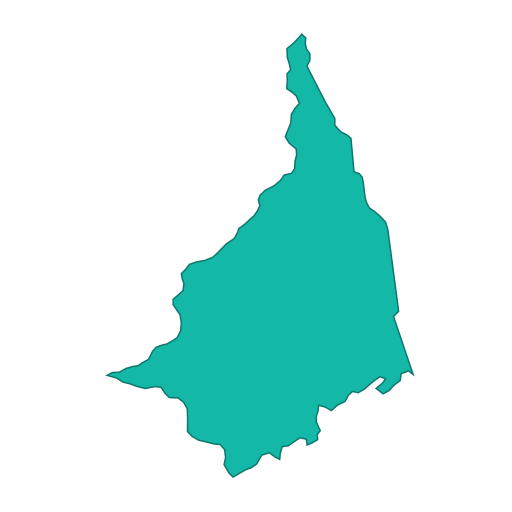 outline of São Miguel das Matas, Bahia, Brazil, rotated 268°
{"feature_id": "56859067B28350872520610", "entity_name": "São Miguel das Matas", "entity_type": "district", "adm_level": 2, "iso_a3": "BRA", "parent_name": "Brazil", "parent_adm1": "Bahia", "projection": "robinson", "projection_center": [-39.418, -13.038], "detail": "fine", "context": "isolated", "style": "filled", "palette": "teal", "viewbox_px": 512, "rotation_deg": 268, "n_neighbors": 0, "source": "geoboundaries", "source_scale": "gbopen_adm2", "svg_char_len": 2161}
<svg xmlns="http://www.w3.org/2000/svg" viewBox="0 0 512 512"><g transform="rotate(268 256 256)"><path d="M132.1,408.9L190.8,391.3L195.8,396.6L277.7,388.7L285.3,386.7L292.0,380.8L296.7,375.6L300.1,370.9L305.1,368.5L310.4,367.1L326.1,365.7L331.0,364.9L334.8,362.0L336.7,356.9L370.3,355.0L374.0,350.8L377.2,345.0L383.9,339.3L390.7,339.6L402.3,333.4L407.8,330.5L444.0,313.5L449.7,316.7L456.3,316.9L460.8,313.8L466.7,312.6L472.1,313.3L476.1,309.5L471.9,305.6L467.2,300.7L462.2,294.2L453.5,294.2L445.9,296.2L440.8,297.1L437.1,293.4L430.2,293.4L422.2,292.5L418.7,297.4L414.5,301.9L407.0,304.7L402.4,300.3L396.4,296.3L387.7,295.4L381.2,292.5L374.2,289.4L367.5,293.2L361.6,299.9L355.4,300.1L349.4,298.3L342.1,297.7L337.4,294.5L335.9,286.9L330.4,282.9L325.3,276.1L321.5,267.7L316.6,262.2L312.1,260.3L306.1,261.6L300.7,258.8L296.2,255.4L292.7,251.1L288.3,246.1L284.2,240.0L279.8,238.2L274.3,234.9L269.1,226.8L263.7,221.1L259.4,216.6L256.0,212.3L253.4,204.9L252.0,195.6L250.0,189.3L244.5,184.6L241.0,180.8L236.3,181.4L230.9,183.0L224.1,181.9L219.4,176.5L215.7,171.7L210.4,171.4L205.0,174.8L200.0,178.0L192.0,179.1L183.6,178.0L177.1,174.3L174.4,170.0L171.1,163.6L170.1,158.5L168.4,153.3L164.4,149.3L156.5,145.1L153.3,138.8L150.5,134.3L149.8,128.6L148.1,122.1L144.6,115.3L144.6,108.5L141.9,103.1L138.9,112.5L134.6,118.7L132.7,125.5L129.9,132.3L127.4,140.8L129.0,150.2L128.2,156.4L121.9,160.4L117.6,164.3L116.8,173.2L112.3,178.6L105.7,182.0L96.2,182.0L89.5,181.7L82.9,181.4L77.9,185.9L74.0,192.1L71.3,202.0L69.7,207.2L68.8,213.7L63.5,217.9L55.6,218.6L48.7,216.8L43.9,219.4L39.7,221.7L35.9,225.3L40.0,233.0L42.7,238.2L44.7,244.1L48.1,249.4L52.4,252.0L56.8,254.8L58.9,262.5L54.3,268.2L51.9,272.6L57.6,273.3L64.6,275.5L65.1,281.5L69.5,288.3L72.8,293.7L71.1,299.9L65.3,300.5L67.3,305.6L70.3,311.2L75.5,311.0L79.2,314.1L88.2,310.4L94.1,310.8L98.9,312.6L104.6,313.3L102.6,320.0L98.9,326.0L104.1,332.2L107.6,339.9L113.8,343.6L117.3,347.8L115.8,353.3L119.2,359.7L123.5,364.9L127.2,369.7L131.1,375.6L128.7,381.3L124.2,377.6L119.5,371.4L113.8,378.2L117.0,384.5L122.0,389.3L126.5,395.8L133.2,396.9L135.9,404.4L132.1,408.9Z" fill="#14b8a6" stroke="#0f766e" stroke-width="1.5"/></g></svg>